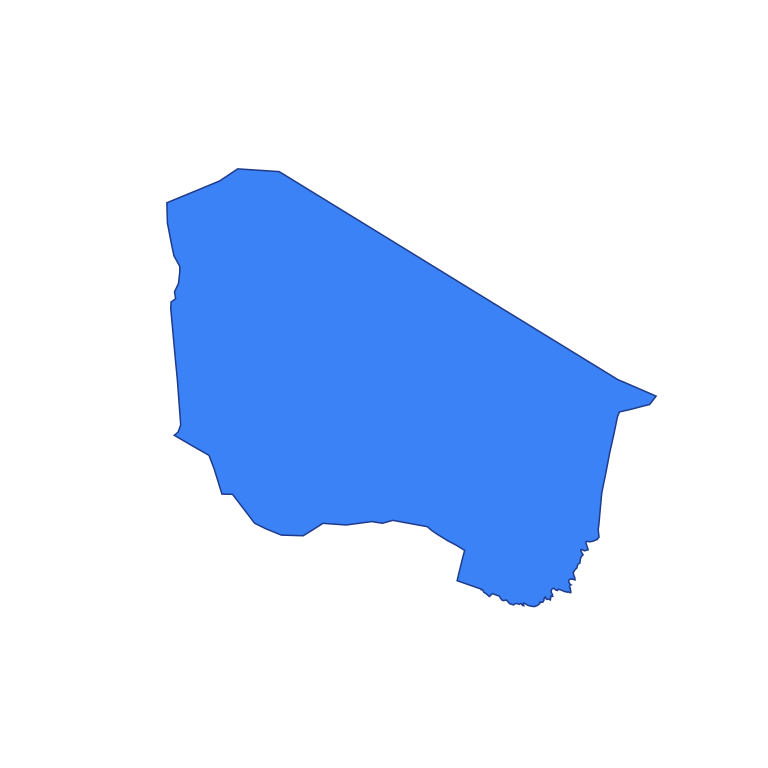 outline of Santa Cruz Nundaco, Oaxaca, Mexico, rotated 318°
{"feature_id": "50627088B37986701156918", "entity_name": "Santa Cruz Nundaco", "entity_type": "district", "adm_level": 2, "iso_a3": "MEX", "parent_name": "Mexico", "parent_adm1": "Oaxaca", "projection": "equal_earth", "projection_center": [-97.721, 17.155], "detail": "fine", "context": "isolated", "style": "filled", "palette": "blue", "viewbox_px": 768, "rotation_deg": 318, "n_neighbors": 0, "source": "geoboundaries", "source_scale": "gbopen_adm2", "svg_char_len": 2223}
<svg xmlns="http://www.w3.org/2000/svg" viewBox="0 0 768 768"><g transform="rotate(318 384 384)"><path d="M578.1,575.1L560.6,536.9L510.7,367.9L482.5,272.2L448.2,156.0L419.2,126.2L397.7,123.1L343.9,104.0L330.6,119.6L329.0,122.4L318.9,139.1L315.9,144.4L313.7,148.0L310.9,160.0L307.0,164.3L298.5,171.8L290.0,175.3L286.2,181.2L280.6,180.6L276.1,185.1L263.7,201.7L243.8,228.3L233.4,242.4L205.6,278.3L200.7,281.0L198.6,282.0L193.8,281.8L200.8,303.7L206.2,319.9L201.0,333.4L189.9,357.4L197.6,364.6L194.7,400.9L199.5,413.0L206.6,427.6L222.4,442.7L233.4,444.7L245.4,446.7L261.6,463.5L282.9,478.1L289.6,486.4L299.3,491.2L320.7,519.0L321.4,524.6L322.8,530.5L326.5,543.2L329.8,552.1L332.6,561.6L326.0,565.9L312.9,574.8L306.7,579.1L318.9,601.3L318.5,602.0L319.6,602.7L318.8,605.7L319.5,607.6L320.1,612.5L323.5,612.3L324.4,612.4L326.6,616.8L327.6,618.3L327.6,619.9L327.2,621.7L327.0,623.2L327.8,624.9L330.4,626.4L330.4,631.6L331.3,632.9L332.4,634.9L333.8,634.9L335.4,635.5L337.2,638.4L338.7,638.6L339.2,639.3L338.7,641.3L339.7,642.3L340.2,640.7L341.6,640.5L342.6,644.2L344.2,647.0L346.6,649.9L349.5,651.2L352.7,651.4L353.8,650.4L355.8,652.4L357.9,651.9L359.6,650.4L361.3,650.2L360.7,651.6L360.9,653.1L362.4,653.8L363.1,655.8L366.2,653.3L367.3,654.7L368.3,653.2L368.8,651.1L369.6,649.8L371.3,648.8L373.5,649.2L373.9,652.3L374.7,653.5L375.6,653.3L376.4,653.4L377.9,655.8L379.4,659.4L380.3,660.0L380.9,661.5L382.0,662.0L382.5,663.5L383.3,664.0L384.3,662.8L384.7,661.6L385.7,660.8L385.9,659.9L386.0,658.8L386.8,658.4L387.8,658.1L388.6,658.4L388.3,657.3L388.5,656.2L388.7,655.2L389.1,654.3L390.7,653.4L391.9,653.5L393.0,654.8L393.4,654.6L393.9,655.9L394.9,657.4L396.3,655.4L396.8,653.8L398.4,650.7L400.1,650.4L401.3,649.8L404.3,649.8L406.2,648.4L407.7,647.7L409.6,648.2L411.5,646.7L412.8,645.5L415.2,644.3L417.7,644.1L418.2,641.1L419.1,639.1L420.3,639.2L421.2,642.0L424.8,643.8L428.1,636.5L429.4,636.6L431.3,639.0L434.5,640.8L436.8,641.6L438.5,642.2L441.0,641.6L441.3,641.7L445.8,635.5L449.9,632.0L457.0,625.4L470.7,612.7L473.3,610.4L490.5,597.7L505.9,586.0L522.1,574.5L522.5,574.2L523.6,573.4L535.7,564.5L540.3,562.3L548.1,566.7L554.3,570.0L561.8,573.8L567.6,577.0L578.1,575.1Z" fill="#3b82f6" stroke="#1e3a8a" stroke-width="1.5"/></g></svg>